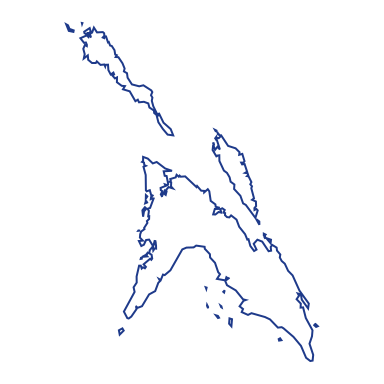 the district of Masbate, Masbate, Philippines
{"feature_id": "2640588B67488359993346", "entity_name": "Masbate", "entity_type": "district", "adm_level": 2, "iso_a3": "PHL", "parent_name": "Philippines", "parent_adm1": "Masbate", "projection": "robinson", "projection_center": [123.452, 12.45], "detail": "fine", "context": "isolated", "style": "outline", "palette": "blue", "viewbox_px": 384, "rotation_deg": 0, "n_neighbors": 0, "source": "geoboundaries", "source_scale": "gbopen_adm2", "svg_char_len": 6014}
<svg xmlns="http://www.w3.org/2000/svg" viewBox="0 0 384 384"><path d="M143.1,156.9L143.1,160.9L142.1,161.9L144.0,162.6L144.3,165.1L145.8,165.8L143.5,166.8L145.7,175.0L145.9,190.3L146.7,191.3L149.8,190.2L151.5,196.3L153.4,194.9L151.1,197.0L150.8,199.1L152.6,198.3L153.6,198.5L150.1,207.9L147.5,208.8L148.9,210.9L148.2,216.3L149.2,216.2L149.1,219.0L146.9,221.1L147.4,222.9L144.1,228.0L144.5,229.1L141.2,231.5L140.2,234.2L139.9,237.6L142.8,240.6L138.9,241.0L141.3,246.0L143.9,244.7L146.1,240.0L149.1,239.6L153.2,246.4L154.6,241.0L155.4,241.1L155.8,243.2L154.8,244.0L156.0,244.9L156.1,248.6L154.7,248.4L153.3,250.5L152.9,246.7L152.6,246.7L149.7,250.3L149.3,253.3L151.6,254.8L152.2,258.6L151.3,259.8L150.2,258.7L143.6,264.3L145.9,266.9L144.9,268.3L143.0,267.3L141.7,268.5L140.8,265.7L139.1,265.7L136.6,276.5L136.7,282.6L133.6,287.3L134.6,291.9L123.9,311.6L127.3,318.1L128.7,318.5L131.3,316.6L136.5,309.1L136.1,306.9L136.3,306.6L137.7,307.8L142.0,306.2L149.1,294.4L155.2,291.1L158.3,282.8L160.1,281.0L159.0,279.0L160.8,280.0L163.0,274.6L164.7,275.1L170.4,270.3L182.3,249.4L186.5,247.6L193.6,247.4L196.2,245.6L204.6,246.8L204.8,248.8L209.9,254.2L210.1,257.5L215.0,262.8L218.2,272.2L220.0,274.2L217.0,278.9L225.4,280.4L226.4,277.2L228.2,278.5L229.5,277.7L225.2,280.9L227.0,285.2L235.8,290.4L243.0,299.3L245.7,300.0L243.5,300.8L239.6,306.3L243.0,309.0L241.7,312.1L248.0,314.9L251.5,313.2L264.9,317.0L270.0,319.4L277.9,327.6L281.7,327.2L283.5,328.3L293.5,336.9L301.0,345.9L306.1,357.8L310.3,361.0L312.6,360.6L313.2,354.9L309.5,343.7L312.0,336.3L312.5,330.3L305.8,318.0L303.1,307.4L300.6,307.6L300.8,303.6L296.6,299.2L299.0,295.7L297.8,293.5L300.9,294.4L301.8,299.7L308.1,308.4L308.8,303.6L299.5,290.7L292.6,275.4L288.1,270.8L284.8,263.7L281.7,261.0L279.8,257.5L280.3,254.5L277.0,250.6L276.6,247.6L272.2,244.9L270.7,247.0L271.1,250.7L268.6,251.2L262.2,241.6L257.4,239.7L253.7,243.8L256.5,249.6L254.1,251.0L250.3,245.9L248.5,239.2L247.3,239.6L245.1,234.2L239.2,226.8L236.5,219.6L231.1,215.4L229.3,217.4L227.0,217.1L225.0,215.2L225.1,213.1L223.5,212.7L224.7,210.0L222.3,208.3L220.0,209.3L221.2,211.6L221.1,212.6L218.6,212.0L215.4,214.5L213.2,214.4L214.8,209.0L218.6,208.9L218.9,207.6L215.7,206.8L215.4,204.4L210.7,200.9L209.3,191.3L207.8,189.2L204.2,192.4L204.2,190.9L201.2,190.7L197.1,186.0L196.5,187.1L185.2,176.4L180.7,176.7L179.6,175.6L178.8,176.7L176.6,174.8L175.7,177.4L170.3,179.0L170.8,180.8L169.7,181.8L171.2,182.5L171.0,186.4L172.8,188.4L168.6,187.1L165.5,190.6L166.6,191.3L165.7,194.9L162.6,192.5L162.9,194.1L162.1,196.1L161.8,196.2L160.8,194.3L162.4,191.2L160.8,190.2L160.6,187.9L165.7,185.9L165.0,184.4L167.6,185.2L168.2,184.1L166.6,176.0L164.7,175.8L163.7,171.3L172.0,170.8L165.2,168.5L156.7,162.0L152.8,163.4L147.8,158.6L143.1,156.9ZM93.9,27.6L92.1,32.6L89.9,33.7L91.0,37.5L88.6,34.6L88.3,36.9L86.7,35.4L80.4,38.2L84.0,42.8L85.9,42.5L86.9,44.9L86.8,46.1L84.9,45.0L83.3,48.8L84.7,54.1L83.8,58.5L87.8,55.4L88.2,59.8L92.0,63.0L95.8,63.0L96.8,61.4L100.5,64.9L104.3,64.5L105.2,66.5L105.6,64.8L108.0,64.7L108.4,70.1L110.7,74.5L113.4,72.6L114.1,74.4L112.5,75.6L114.9,78.4L117.0,77.4L116.9,82.2L121.7,85.8L124.9,86.1L123.0,89.3L129.7,91.3L135.4,101.2L137.8,99.7L139.0,102.3L143.9,101.8L148.3,103.4L149.4,107.5L153.9,110.5L154.2,113.0L156.5,114.9L158.4,122.3L162.9,129.0L167.6,134.6L173.2,135.4L170.7,129.1L163.5,122.7L158.7,112.8L159.4,115.3L157.9,115.6L153.3,106.3L151.8,100.8L152.4,97.6L151.0,95.2L152.3,92.1L151.3,90.4L143.4,85.3L139.2,86.3L131.9,84.4L127.6,77.7L127.0,73.2L123.9,71.4L124.6,68.5L122.5,63.3L118.4,57.2L115.7,57.0L116.8,55.2L115.2,54.5L114.5,50.2L111.8,46.0L110.1,45.5L108.8,42.0L108.0,42.4L106.0,36.4L104.5,36.2L104.2,38.1L102.8,37.5L104.4,35.6L104.1,33.2L102.8,32.1L97.0,32.4L93.9,27.6ZM221.3,135.6L218.7,138.2L217.0,137.7L216.6,139.2L219.9,149.5L217.4,146.8L215.1,149.8L213.2,144.9L212.6,150.0L216.8,157.1L216.5,155.7L219.3,155.3L219.4,161.0L223.9,170.6L227.0,172.9L229.6,177.3L230.6,181.7L234.4,184.5L234.1,189.0L240.4,195.8L243.1,203.4L245.8,204.9L255.4,217.9L257.7,210.4L256.4,209.0L254.5,210.0L254.4,208.1L256.1,206.1L255.9,201.5L252.1,199.8L254.0,198.3L251.3,188.2L252.0,186.3L250.3,184.3L251.4,182.1L248.6,176.4L247.1,176.1L248.2,175.1L247.6,173.3L245.1,172.9L247.1,171.7L244.6,164.1L242.1,164.4L241.2,162.6L243.5,162.6L244.5,161.2L242.3,153.9L239.2,154.8L239.5,152.2L235.6,148.3L228.1,145.9L221.3,135.6ZM229.5,318.4L229.1,323.7L231.4,326.3L232.0,319.2L229.5,318.4ZM122.4,328.4L118.9,330.3L119.7,334.6L123.7,330.6L122.4,328.4ZM89.7,28.1L84.2,31.7L84.4,33.0L86.6,34.6L87.4,33.0L89.5,33.0L90.6,31.2L89.7,28.1ZM66.2,24.3L68.8,30.9L73.4,31.9L73.7,30.4L69.5,28.9L68.0,25.3L66.2,24.3ZM144.9,207.2L142.4,210.3L143.1,216.7L144.0,211.4L146.4,208.6L144.9,207.2ZM271.0,239.7L266.3,238.1L270.6,243.2L271.0,239.7ZM148.3,251.9L146.0,254.8L142.1,256.9L147.3,256.4L146.4,255.4L148.3,251.9ZM317.8,326.2L315.5,324.0L314.8,324.4L314.6,324.8L314.3,325.0L314.2,325.2L316.1,326.9L317.8,326.2ZM259.3,221.5L256.2,219.1L259.4,224.8L259.3,221.5ZM280.1,338.3L278.7,339.1L279.1,340.6L281.4,340.2L280.1,338.3ZM217.4,132.0L218.1,134.4L220.4,135.5L218.0,133.6L217.4,132.0ZM147.3,196.4L145.9,195.1L145.8,198.8L147.3,196.4ZM215.9,315.3L218.0,318.0L219.0,317.7L217.9,315.9L215.9,315.3ZM263.8,233.7L263.8,235.4L264.3,236.2L265.6,234.6L263.8,233.7ZM164.8,190.7L164.4,192.4L165.0,193.1L165.8,191.6L164.8,190.7ZM208.0,308.2L208.1,307.0L207.1,305.0L207.0,305.7L208.0,308.2ZM206.6,287.6L205.7,287.3L206.3,288.9L206.6,287.6ZM214.9,129.8L215.6,131.1L216.7,131.6L216.5,130.6L214.9,129.8ZM146.5,201.4L145.5,202.2L145.2,203.3L147.1,202.5L146.5,201.4ZM141.9,257.5L141.0,257.8L140.7,258.9L141.8,258.7L141.9,257.5ZM213.4,142.4L213.2,143.6L213.9,144.9L214.0,144.5L213.4,142.4ZM224.1,292.5L224.7,290.3L223.3,291.8L224.1,292.5ZM216.1,137.1L215.2,138.3L215.8,139.2L216.1,138.6L216.1,137.1ZM140.1,230.6L138.4,230.5L138.2,230.8L140.1,230.6ZM220.6,305.7L221.2,307.2L221.7,307.5L221.4,306.3L220.6,305.7ZM265.2,237.3L264.7,237.7L265.4,238.7L265.2,237.3ZM82.4,23.1L81.9,23.0L82.1,23.9L82.4,23.1Z" fill="none" stroke="#1e3a8a" stroke-width="2"/></svg>